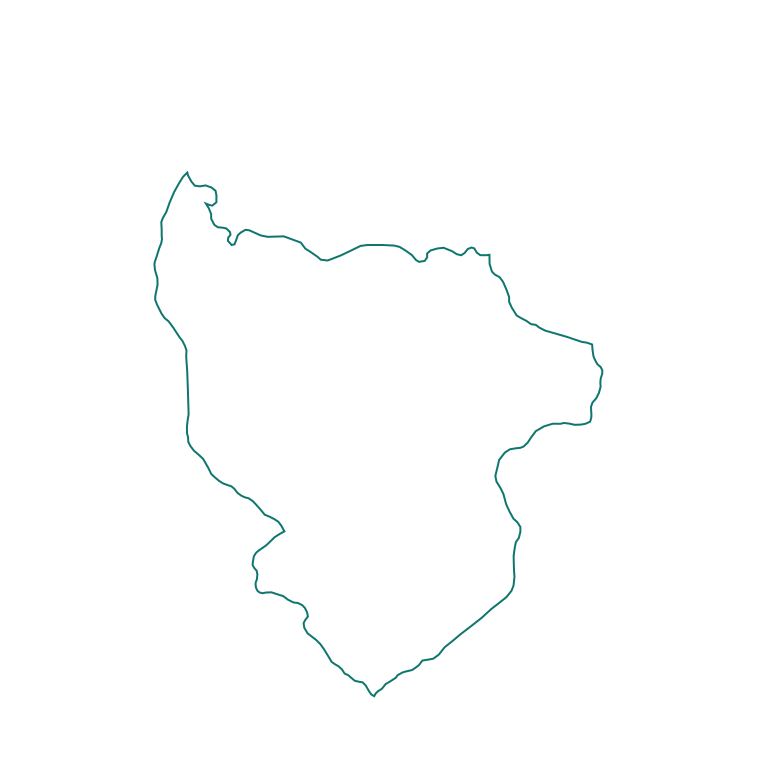 outline of Ogoouè et Lacs, Moyen-Ogooué, Gabon, rotated 244°
{"feature_id": "22940354B45576072672451", "entity_name": "Ogoouè et Lacs", "entity_type": "district", "adm_level": 2, "iso_a3": "GAB", "parent_name": "Gabon", "parent_adm1": "Moyen-Ogooué", "projection": "mercator", "projection_center": [10.178, -0.763], "detail": "fine", "context": "isolated", "style": "outline", "palette": "teal", "viewbox_px": 768, "rotation_deg": 244, "n_neighbors": 0, "source": "geoboundaries", "source_scale": "gbopen_adm2", "svg_char_len": 3622}
<svg xmlns="http://www.w3.org/2000/svg" viewBox="0 0 768 768"><g transform="rotate(244 384 384)"><path d="M196.1,205.8L193.4,206.0L188.2,208.6L183.7,210.8L177.9,212.8L171.8,213.8L163.6,214.6L157.3,215.1L153.6,217.1L150.2,219.4L145.9,221.1L141.0,221.7L137.8,224.3L133.3,226.2L130.0,227.7L127.2,231.2L125.2,234.0L121.0,235.4L115.3,235.8L110.7,236.4L107.7,238.3L109.6,241.1L110.6,244.5L111.0,248.5L113.6,254.0L113.9,258.4L114.8,265.8L116.3,268.6L116.6,274.3L116.2,276.8L114.6,283.9L115.2,288.2L116.1,292.4L118.6,297.2L116.1,305.7L115.5,307.8L116.7,314.5L120.8,323.1L123.3,334.3L125.5,342.9L127.8,354.2L131.0,369.2L134.7,381.7L136.8,391.7L138.8,400.7L142.3,408.0L146.1,412.1L153.6,416.8L159.1,419.0L166.1,422.1L172.9,425.3L179.6,429.8L184.1,433.3L186.6,437.8L191.4,441.8L195.7,443.9L201.2,443.3L206.2,441.3L214.4,440.9L222.5,441.1L232.7,443.1L239.3,443.1L247.0,442.3L252.6,443.8L260.8,450.6L265.3,454.2L269.4,462.6L270.1,468.6L268.4,474.4L266.9,478.4L266.6,482.0L268.3,487.4L271.6,493.0L275.1,499.8L275.8,509.3L274.3,518.3L270.9,525.1L270.1,528.6L267.3,533.0L263.8,537.4L261.1,543.4L259.9,547.8L259.8,552.8L263.1,555.7L266.9,557.6L268.3,558.1L272.8,560.1L275.9,563.2L278.1,568.4L281.9,573.4L286.6,577.5L290.7,579.2L294.2,581.4L297.4,584.5L300.5,586.2L304.2,586.2L308.4,584.4L314.0,584.2L317.0,584.4L323.3,586.4L328.3,588.4L332.2,584.5L335.0,580.4L346.6,568.6L361.3,552.3L366.6,548.3L370.6,546.4L373.3,542.4L378.1,539.8L383.4,535.9L387.4,533.3L396.7,532.3L403.0,532.5L407.4,534.6L414.9,535.4L423.3,535.8L429.2,534.8L434.0,531.5L437.7,530.3L445.5,531.5L453.9,535.4L454.8,532.6L457.6,527.0L461.3,525.0L466.3,524.6L468.3,522.5L468.6,518.5L466.4,513.8L465.9,509.8L468.8,506.3L473.4,503.5L480.3,497.3L482.4,491.4L483.6,484.4L482.4,480.0L478.8,478.2L476.8,474.5L478.4,469.1L481.4,467.1L487.6,465.6L494.1,462.1L500.4,458.1L503.9,453.9L509.7,443.4L516.2,430.0L518.4,423.5L518.4,410.2L518.5,401.2L519.7,387.5L523.4,381.7L527.5,380.0L535.7,375.4L540.0,372.7L547.6,371.2L560.6,358.7L563.0,353.4L564.5,350.1L567.3,343.9L571.6,338.3L576.4,334.3L581.1,330.4L583.3,327.1L582.9,321.6L581.8,317.9L578.8,314.9L575.1,310.9L575.7,308.0L581.1,306.5L583.8,308.1L585.4,311.4L588.1,312.2L593.0,310.4L595.3,307.4L597.7,303.4L601.4,301.3L608.3,301.1L612.4,303.1L618.7,303.6L624.2,303.0L621.1,305.9L619.6,307.9L620.8,313.0L626.8,316.0L631.5,317.3L636.2,315.1L640.7,310.7L642.4,305.1L645.2,300.9L650.6,299.6L657.3,299.3L660.3,299.9L658.3,294.2L654.1,287.5L648.3,279.2L641.0,270.8L633.9,263.6L630.2,258.0L627.1,254.8L620.1,251.8L614.3,249.0L611.4,247.9L608.2,245.5L604.6,241.5L598.4,235.7L594.1,231.4L592.0,230.0L586.6,228.1L578.5,226.7L572.5,224.0L563.2,216.9L560.1,215.3L554.7,214.8L545.0,214.9L539.5,215.7L534.6,217.9L527.0,219.3L515.9,220.7L511.1,221.7L505.5,221.8L500.8,221.2L495.3,218.2L481.2,212.5L462.8,204.3L442.4,195.1L437.6,191.7L431.9,188.1L425.9,185.3L422.2,184.6L417.7,182.7L413.2,182.8L407.4,183.9L402.2,186.2L396.0,188.6L385.4,189.3L378.8,189.3L374.4,191.0L369.4,193.2L365.3,195.7L361.5,199.3L359.2,201.8L355.9,203.4L350.3,204.6L346.0,206.9L342.8,209.6L340.8,212.1L336.5,214.6L331.6,216.2L325.1,218.0L318.8,219.5L314.9,223.0L310.6,226.2L306.6,228.6L302.4,229.5L295.2,229.9L295.0,225.3L294.3,218.6L291.8,211.2L290.6,207.2L289.3,198.9L288.5,195.3L286.2,191.5L281.5,188.1L278.8,186.5L275.3,186.8L271.8,187.7L268.1,186.6L264.0,184.0L262.3,182.1L260.6,180.9L257.3,179.7L253.7,179.6L251.1,180.8L249.1,183.3L248.3,186.6L246.1,191.5L240.4,197.4L237.5,200.5L232.1,203.2L227.3,206.9L225.0,210.5L221.2,213.5L217.5,214.7L212.8,214.8L208.4,213.7L206.4,209.7L204.3,206.9L199.9,205.5L196.1,205.8Z" fill="none" stroke="#0f766e" stroke-width="2"/></g></svg>